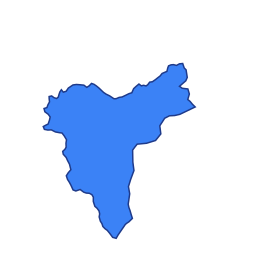 Ceres, Goiás, Brazil, rotated 139°
{"feature_id": "56859067B10166822363593", "entity_name": "Ceres", "entity_type": "district", "adm_level": 2, "iso_a3": "BRA", "parent_name": "Brazil", "parent_adm1": "Goiás", "projection": "robinson", "projection_center": [-49.639, -15.273], "detail": "fine", "context": "isolated", "style": "filled", "palette": "blue", "viewbox_px": 256, "rotation_deg": 139, "n_neighbors": 0, "source": "geoboundaries", "source_scale": "gbopen_adm2", "svg_char_len": 1891}
<svg xmlns="http://www.w3.org/2000/svg" viewBox="0 0 256 256"><g transform="rotate(139 128 128)"><path d="M178.6,197.8L180.1,194.8L179.2,190.7L179.5,187.4L182.2,185.4L185.7,183.4L188.3,184.1L191.0,184.7L192.0,181.8L189.8,179.0L187.1,176.9L185.4,172.7L182.8,169.4L181.1,167.5L181.3,164.0L182.1,159.5L184.8,157.2L187.3,154.1L189.6,153.3L192.6,153.2L194.1,150.6L194.0,146.3L195.0,143.0L195.9,139.1L198.5,134.0L202.2,133.5L205.9,132.4L207.4,128.8L207.8,125.9L208.6,122.3L210.1,117.3L208.7,114.7L204.5,113.0L203.5,108.6L202.2,106.3L200.0,104.1L199.0,101.4L199.5,98.6L202.4,95.3L204.4,90.6L204.0,87.8L204.3,84.4L205.7,81.8L208.1,79.8L210.0,75.8L210.4,73.0L211.6,70.1L211.4,66.9L210.8,64.4L210.9,60.8L211.3,55.5L209.3,52.5L205.6,53.8L193.2,57.0L191.0,56.9L188.8,56.6L184.0,56.9L182.2,61.0L180.7,64.2L179.4,67.6L177.8,70.4L169.9,77.2L166.1,83.5L159.8,87.4L151.4,92.0L146.7,99.1L139.0,108.3L135.4,109.1L131.7,109.8L124.0,104.3L115.4,100.5L107.1,102.0L104.7,105.6L102.6,108.8L93.9,111.3L88.7,110.0L84.6,106.8L79.9,104.3L63.5,99.8L63.8,103.8L63.7,107.4L64.2,110.3L59.4,113.4L57.2,118.2L61.0,122.4L61.8,125.7L53.4,125.7L50.1,127.3L46.0,133.8L46.2,136.4L44.4,140.8L47.1,142.7L50.3,143.4L52.2,146.1L54.2,147.5L56.6,148.3L58.5,147.3L61.5,145.2L64.3,146.1L66.5,146.8L69.6,146.2L72.7,146.4L75.4,146.5L79.2,146.9L81.6,148.4L84.7,147.7L86.8,147.9L88.2,150.0L90.3,151.1L90.9,154.0L94.4,154.1L97.9,154.0L102.0,152.1L104.8,153.3L108.2,154.2L112.1,155.3L114.6,156.9L117.7,157.9L119.4,159.3L120.8,164.4L122.3,167.9L123.1,170.9L123.4,174.0L123.7,177.3L124.3,180.7L125.0,183.3L126.3,185.6L129.5,185.3L132.4,185.7L133.2,189.3L136.4,192.7L138.4,194.7L141.3,196.6L146.8,197.3L150.6,196.3L153.3,197.5L153.2,200.6L155.8,199.9L158.2,198.5L160.3,197.1L162.5,197.1L163.9,199.3L164.6,202.3L166.9,203.5L168.3,201.8L170.1,199.2L173.3,198.0L175.8,196.6L178.6,197.8Z" fill="#3b82f6" stroke="#1e3a8a" stroke-width="1.5"/></g></svg>